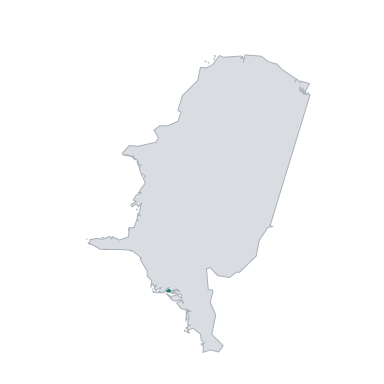 location of Gloucester, Virginia, United States of America, rotated 107°
{"feature_id": "52423323B10302998803932", "entity_name": "Gloucester", "entity_type": "district", "adm_level": 2, "iso_a3": "USA", "parent_name": "United States of America", "parent_adm1": "Virginia", "projection": "equal_earth", "projection_center": [-76.514, 37.422], "detail": "fine", "context": "in_parent", "style": "filled", "palette": "teal", "viewbox_px": 384, "rotation_deg": 107, "n_neighbors": 0, "source": "geoboundaries", "source_scale": "gbopen_adm2", "svg_char_len": 4190}
<svg xmlns="http://www.w3.org/2000/svg" viewBox="0 0 384 384"><g transform="rotate(107 192 192)"><path d="M302.7,133.3L322.2,131.6L329.9,117.3L337.2,119.7L337.7,128.6L342.1,134.5L334.7,136.6L334.4,138.3L333.1,136.2L331.4,139.7L325.6,142.2L321.9,151.2L325.2,155.1L327.4,154.7L326.8,152.9L327.5,153.7L327.7,155.7L321.4,157.0L320.2,154.9L319.6,157.7L312.3,158.4L306.8,162.0L307.3,159.9L306.8,158.6L305.3,163.6L306.9,164.4L306.4,168.7L302.6,174.2L298.7,170.8L301.1,167.3L298.4,169.7L299.4,173.5L301.1,175.7L301.4,178.2L296.6,187.2L298.1,181.5L294.4,176.2L296.9,170.6L293.2,172.3L294.4,180.6L290.9,178.1L289.7,178.3L290.8,175.7L290.8,174.9L289.5,177.0L289.5,178.7L294.8,181.9L293.6,183.4L291.2,180.5L290.3,180.0L293.3,183.5L294.6,184.2L293.8,186.3L292.2,184.7L294.7,187.9L294.1,188.3L292.9,186.7L289.6,185.9L293.6,189.0L296.3,188.9L298.8,196.7L296.6,190.7L297.2,194.6L292.3,193.7L295.8,197.6L297.6,196.5L295.3,200.0L290.7,198.7L293.5,200.6L291.0,202.3L293.9,203.7L288.6,204.5L285.8,210.2L280.8,211.7L271.1,222.2L269.9,221.0L266.1,230.7L265.8,233.1L267.1,240.6L273.6,263.0L271.0,274.9L267.4,275.6L264.1,269.2L263.5,263.9L258.6,257.8L260.4,255.0L258.0,255.2L259.2,247.4L253.5,239.6L244.4,241.5L243.0,237.0L234.1,236.6L235.3,234.9L233.7,236.6L229.6,237.4L229.7,233.9L229.0,236.4L216.7,237.0L221.8,238.7L219.9,241.9L223.7,245.0L221.6,246.7L217.4,242.5L217.0,245.7L211.0,244.4L207.9,240.3L205.7,242.4L197.1,239.2L191.7,243.7L193.1,242.4L190.4,241.3L188.7,246.8L183.1,250.3L184.4,249.3L180.9,248.7L182.0,250.6L177.7,252.9L175.7,259.0L173.9,258.1L175.4,259.7L175.4,265.4L176.8,268.8L175.5,270.0L165.9,265.7L164.2,257.4L155.0,241.0L149.7,240.1L144.1,246.5L138.1,242.2L135.9,234.8L128.4,226.0L118.6,225.9L118.2,229.3L102.6,229.3L83.7,219.1L70.3,220.4L69.3,214.9L64.4,209.6L53.5,205.6L54.1,201.7L47.5,184.4L48.1,182.6L49.7,184.9L49.1,181.1L53.4,180.8L45.4,181.3L41.9,165.5L45.1,157.2L44.9,148.0L48.4,142.1L53.6,125.3L57.4,125.8L53.3,125.0L55.7,120.5L54.2,120.6L54.0,111.4L63.1,113.0L60.0,117.8L64.0,114.3L62.6,118.4L60.1,119.4L61.7,119.6L63.9,117.9L65.6,113.8L64.6,107.5L201.3,107.5L201.6,105.1L203.8,109.1L218.7,113.5L234.5,111.9L255.0,123.2L255.8,126.2L262.8,131.1L264.5,142.9L259.0,152.5L261.3,155.7L280.4,148.0L279.8,143.6L281.5,142.8L291.9,142.5L302.7,133.3ZM314.5,160.4L317.6,159.9L306.5,162.8L315.7,159.3L314.5,160.4ZM64.3,111.4L64.9,113.9L64.7,114.3L63.5,112.4L64.3,111.4ZM176.7,267.9L175.7,262.9L176.0,260.0L176.0,263.0L176.7,267.9ZM335.5,137.0L335.5,138.3L335.0,138.0L335.5,137.0ZM207.9,241.7L208.1,242.9L207.2,242.0L207.9,241.7ZM57.3,210.0L58.7,209.4L58.7,209.5L57.3,210.0ZM55.9,209.6L55.2,210.3L54.9,209.6L55.9,209.6ZM324.3,157.2L323.4,158.1L323.2,157.9L324.3,157.2ZM176.9,257.4L176.0,259.7L178.1,255.3L176.9,257.4ZM271.7,255.5L272.9,260.0L271.5,255.1L271.7,255.5ZM63.5,213.5L63.9,214.7L63.4,213.6L63.5,213.5ZM271.5,275.6L270.4,277.0L272.3,274.0L271.5,275.6ZM299.2,199.3L298.0,200.9L299.0,197.0L299.2,199.3ZM63.6,109.3L63.4,110.0L63.0,109.7L63.6,109.3ZM182.0,251.5L180.0,252.5L182.1,251.1L182.0,251.5ZM327.3,157.6L327.3,158.6L326.3,158.4L327.3,157.6ZM63.0,216.8L63.2,218.2L62.8,216.9L63.0,216.8ZM179.5,253.3L178.7,253.9L179.4,253.0L179.5,253.3ZM300.8,179.9L299.6,182.1L301.0,179.1L300.8,179.9ZM191.1,244.6L189.8,245.5L191.7,244.0L191.1,244.6ZM266.3,231.9L266.1,233.7L266.0,232.4L266.3,231.9ZM294.4,203.9L293.9,204.3L295.2,203.0L294.4,203.9ZM247.7,241.1L246.2,242.0L245.6,241.8L247.7,241.1ZM229.1,237.0L228.8,237.4L227.9,237.3L229.1,237.0ZM261.9,264.0L262.0,265.3L261.6,263.8L261.9,264.0ZM225.1,239.6L224.8,240.7L224.8,238.7L225.1,239.6ZM268.1,278.7L267.2,278.9L268.4,278.5L268.1,278.7ZM306.1,169.4L305.5,170.5L306.2,169.0L306.1,169.4ZM297.0,201.3L296.5,201.7L296.4,201.6L297.0,201.3Z" fill="#d9dde1" stroke="#a8b0b8" stroke-width="1"/><path d="M292.4,185.2L292.7,185.4L292.7,185.6L292.8,185.6L293.0,186.0L293.4,186.3L293.5,186.5L293.7,186.4L293.7,186.5L294.0,186.5L294.0,186.4L294.3,186.3L294.2,186.2L294.1,185.9L293.9,185.7L294.0,185.5L294.0,185.4L293.9,185.3L293.9,185.0L293.8,184.8L293.9,184.6L293.7,184.4L293.3,184.2L293.3,184.3L293.2,184.3L293.2,184.2L292.8,184.1L292.7,184.5L292.8,184.7L292.8,184.8L292.7,185.0L292.4,185.2Z" fill="#14b8a6" stroke="#0f766e" stroke-width="1.5"/></g></svg>